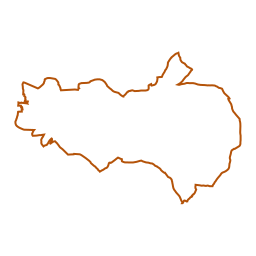 outline of Aiton, Cluj, Romania
{"feature_id": "2599482B48595612895223", "entity_name": "Aiton", "entity_type": "district", "adm_level": 2, "iso_a3": "ROU", "parent_name": "Romania", "parent_adm1": "Cluj", "projection": "equal_earth", "projection_center": [23.738, 46.677], "detail": "fine", "context": "isolated", "style": "outline", "palette": "amber", "viewbox_px": 256, "rotation_deg": 0, "n_neighbors": 0, "source": "geoboundaries", "source_scale": "gbopen_adm2", "svg_char_len": 5656}
<svg xmlns="http://www.w3.org/2000/svg" viewBox="0 0 256 256"><path d="M171.2,57.7L170.0,59.3L168.2,62.1L167.9,62.9L167.9,63.7L167.7,65.0L167.6,65.8L167.1,67.2L166.0,69.4L165.2,70.2L164.7,71.6L164.0,72.7L162.7,74.8L161.9,76.9L161.6,77.0L159.0,77.1L157.3,77.4L157.5,78.6L157.4,79.3L157.1,81.2L156.9,81.7L156.0,83.4L155.7,83.9L155.4,84.2L154.5,84.8L151.6,85.6L151.4,85.5L151.2,85.1L151.1,84.1L149.5,84.8L148.7,85.4L148.6,85.5L148.7,88.3L148.6,88.9L148.3,89.5L148.1,89.7L147.2,90.2L145.7,90.5L141.3,90.5L138.7,90.9L134.7,91.1L132.6,90.4L132.1,90.3L130.6,90.8L130.4,90.7L130.1,90.8L129.8,91.0L129.2,91.0L128.8,91.1L128.3,91.3L128.2,91.7L126.9,92.4L126.5,93.1L125.2,94.6L123.6,96.0L123.3,96.3L123.3,96.5L122.8,96.4L120.7,95.0L118.5,92.9L114.4,91.8L112.9,91.0L111.0,89.2L109.6,88.2L109.0,87.6L107.2,86.0L106.7,84.8L105.0,82.3L104.5,81.8L102.4,80.1L99.6,79.3L97.6,79.3L96.0,79.5L94.6,79.7L93.7,80.1L90.6,81.2L90.6,81.3L89.5,82.3L88.8,82.6L86.6,82.9L81.5,83.1L79.4,83.8L78.9,84.2L78.7,84.6L78.5,86.8L78.4,87.2L78.6,87.6L79.1,88.3L78.7,88.5L78.4,88.8L78.0,89.9L74.9,89.5L61.0,90.3L60.8,89.6L60.5,89.1L60.5,88.5L60.4,88.0L59.4,85.7L59.0,85.0L58.4,84.6L58.3,84.3L58.4,83.0L58.2,82.3L57.1,80.8L56.0,79.5L55.1,78.9L50.5,78.1L49.0,78.0L47.3,78.1L44.9,79.2L44.7,79.6L44.7,80.7L44.0,82.3L43.8,83.3L43.4,83.7L43.2,84.2L39.8,87.2L38.8,87.9L37.9,88.4L24.7,82.7L23.7,82.4L23.4,82.4L22.6,84.0L22.5,84.5L22.8,86.7L22.9,88.7L23.4,90.1L23.2,94.3L24.2,94.3L24.4,94.7L24.3,96.2L25.3,96.9L25.5,97.4L25.2,98.3L25.6,99.3L25.1,100.1L24.8,101.1L27.8,101.5L27.2,103.3L27.3,103.5L26.4,103.3L22.6,102.9L21.7,102.9L21.4,102.6L20.0,103.0L19.5,102.9L18.6,102.4L18.4,102.4L18.5,103.2L18.2,105.7L21.0,105.7L21.1,105.9L21.1,107.2L22.1,107.2L22.5,109.3L21.7,109.3L21.8,111.6L18.6,111.7L18.1,111.8L17.6,115.6L17.4,115.8L17.0,117.2L16.8,118.1L16.3,119.2L16.3,119.6L15.5,121.4L15.4,121.8L15.4,122.2L15.5,123.4L15.9,124.8L16.7,125.9L16.8,125.9L17.7,126.7L19.3,127.7L22.9,129.3L23.8,129.6L24.4,129.7L34.1,130.0L33.6,130.6L33.2,131.3L32.1,133.8L32.3,135.0L32.8,135.8L36.6,135.6L39.6,135.1L41.1,135.1L41.9,134.9L44.0,134.6L42.9,136.8L42.1,137.9L41.4,139.3L41.2,139.9L41.4,141.6L41.3,142.7L41.4,143.4L41.6,143.9L41.9,144.4L43.5,146.4L43.9,146.0L45.1,145.4L46.3,145.1L46.9,144.8L47.3,144.1L47.9,143.5L48.7,141.9L49.6,140.5L51.3,138.7L51.6,138.5L51.8,138.7L51.7,138.9L52.0,139.4L52.0,139.9L51.8,140.6L51.7,140.9L51.2,141.4L51.1,142.1L50.6,142.8L50.3,143.5L50.5,143.6L50.9,143.2L53.0,141.8L54.1,141.4L55.1,141.3L56.5,142.8L57.2,143.4L57.7,144.2L58.3,144.9L60.0,147.3L62.5,149.2L68.0,154.6L73.8,154.3L74.0,153.9L79.8,154.3L81.4,155.1L85.6,158.0L89.2,160.8L90.5,162.1L90.7,162.7L91.0,163.2L94.1,165.9L95.4,166.7L95.7,167.3L96.1,167.6L96.6,168.2L97.6,169.0L98.4,170.3L99.6,171.1L99.9,171.6L102.0,170.3L102.6,170.1L103.6,169.5L105.1,168.4L106.7,167.8L107.0,167.5L107.6,166.8L108.1,165.8L108.4,165.0L108.9,163.2L109.4,162.7L110.2,162.6L110.6,162.9L110.9,162.8L111.7,162.4L115.3,159.7L116.6,158.6L118.0,157.6L120.4,158.7L121.4,159.1L121.7,159.1L121.9,159.2L121.8,160.7L122.0,161.3L123.3,161.9L124.5,162.3L125.6,162.4L132.9,162.5L136.7,161.8L139.8,160.9L141.3,160.6L142.6,161.3L146.0,162.4L148.6,162.7L150.4,163.3L152.2,163.5L152.9,163.9L154.2,164.8L155.3,165.9L156.7,166.3L157.2,166.6L157.3,166.9L158.1,167.3L159.7,168.4L160.5,169.2L161.0,170.1L162.5,171.5L164.5,172.9L164.8,172.9L165.0,172.8L168.1,177.0L169.8,177.7L170.6,178.3L171.5,179.4L171.7,179.8L171.9,180.9L172.2,181.8L172.3,182.7L172.7,184.6L173.0,186.4L173.4,188.1L173.8,189.0L174.1,189.6L175.8,191.9L176.0,192.3L178.7,195.3L179.4,196.2L179.8,196.9L180.6,198.8L181.1,200.1L181.4,200.8L182.3,202.1L182.3,202.8L182.1,203.2L182.5,203.2L182.8,203.0L184.0,200.7L184.4,200.5L184.7,200.5L186.9,201.5L187.1,201.7L187.3,202.3L187.2,201.6L187.3,201.1L187.8,200.0L188.7,199.0L189.4,198.6L190.1,197.6L190.8,197.1L191.6,196.9L191.8,196.7L192.1,196.3L191.8,195.9L192.0,195.6L193.3,194.3L193.5,194.4L193.8,194.1L194.4,193.4L194.8,192.8L196.2,189.5L196.1,189.3L195.5,188.3L195.4,187.6L195.4,186.5L195.6,185.4L195.6,184.8L199.7,185.3L201.6,185.7L203.5,185.5L205.5,185.9L206.2,185.9L207.3,185.6L207.9,185.6L209.7,186.2L212.5,186.2L212.7,185.6L213.2,184.6L214.1,183.6L214.6,182.4L215.6,181.2L216.6,179.6L217.5,178.4L218.4,177.3L218.5,177.2L220.3,175.1L221.2,173.7L221.9,173.0L222.5,172.6L224.3,171.9L225.7,171.2L227.6,169.8L228.5,168.8L228.9,168.0L229.2,167.0L229.5,163.6L229.8,162.9L230.3,160.8L230.3,159.9L229.9,158.7L229.8,157.9L229.9,157.0L230.8,153.7L231.1,152.0L231.5,150.8L231.8,150.3L234.1,148.8L234.7,148.9L239.3,146.1L239.7,145.7L240.2,144.7L240.4,143.7L240.4,142.2L240.6,140.1L240.6,139.1L240.6,135.6L240.3,133.7L240.2,132.3L240.4,126.1L240.3,123.3L240.1,121.9L239.7,120.5L239.6,118.9L236.1,114.9L234.3,112.6L233.7,112.0L233.0,110.9L232.1,108.6L232.0,107.0L231.8,106.5L231.2,104.2L228.8,100.3L228.5,99.6L228.3,98.9L229.5,98.5L229.4,98.3L228.7,97.5L228.5,97.1L224.3,93.2L223.0,90.9L222.2,89.0L222.0,88.7L220.3,88.1L218.8,87.8L217.1,86.6L216.0,86.2L214.9,85.6L214.3,85.5L212.0,85.3L209.8,85.4L208.7,85.3L207.8,85.4L204.9,85.1L200.6,84.9L197.9,84.5L195.0,83.5L192.9,83.1L191.0,83.1L190.0,83.2L187.9,83.0L186.8,83.0L186.3,83.1L184.6,83.7L181.3,84.2L179.4,84.8L178.7,84.8L177.8,84.6L178.9,84.0L180.3,83.1L182.3,81.3L183.5,79.6L185.6,77.0L186.5,76.3L187.8,75.3L188.3,74.8L188.9,73.8L190.4,71.8L190.4,71.6L191.7,70.0L192.0,69.9L192.1,69.6L191.5,68.8L190.1,68.2L188.7,67.3L187.7,66.8L186.9,66.4L186.2,65.3L185.1,64.2L184.9,63.7L182.9,62.7L181.9,62.1L181.0,60.8L180.5,59.9L180.3,58.9L180.3,57.8L179.2,56.1L178.9,55.5L178.8,54.7L178.4,52.8L177.9,53.1L176.5,53.5L175.4,54.1L172.8,56.3L171.9,57.0L171.4,57.7L171.2,57.7Z" fill="none" stroke="#b45309" stroke-width="2"/></svg>